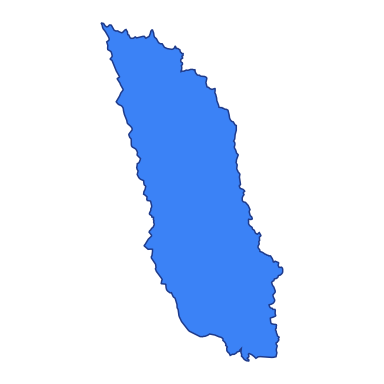 Vinh Thanh, Bình Định, Vietnam (Robinson projection)
{"feature_id": "81297802B21955309192571", "entity_name": "Vinh Thanh", "entity_type": "district", "adm_level": 2, "iso_a3": "VNM", "parent_name": "Vietnam", "parent_adm1": "Bình Định", "projection": "robinson", "projection_center": [108.747, 14.237], "detail": "fine", "context": "isolated", "style": "filled", "palette": "blue", "viewbox_px": 384, "rotation_deg": 0, "n_neighbors": 0, "source": "geoboundaries", "source_scale": "gbopen_adm2", "svg_char_len": 5993}
<svg xmlns="http://www.w3.org/2000/svg" viewBox="0 0 384 384"><path d="M202.8,336.7L203.3,336.4L205.0,336.3L207.8,335.2L209.6,334.0L210.1,334.1L214.8,335.0L219.1,336.8L221.1,337.3L222.8,338.5L223.0,339.2L222.9,340.4L224.5,341.8L225.7,343.6L225.9,344.5L225.7,345.5L227.0,346.5L227.3,347.1L226.7,347.9L226.9,350.8L228.0,352.3L229.2,353.3L230.2,355.4L232.4,354.3L234.2,354.3L236.3,353.0L237.1,352.0L239.6,351.2L239.9,350.0L241.3,348.5L240.9,351.9L241.0,352.8L241.6,354.2L241.5,356.2L242.5,357.1L244.2,359.4L246.3,360.7L248.7,361.0L248.9,360.6L248.8,359.8L247.4,358.6L247.2,358.2L248.8,356.8L248.9,356.2L248.4,354.2L249.1,353.5L251.6,354.6L254.1,356.5L255.9,358.3L258.2,356.8L260.2,356.6L271.7,357.4L273.5,357.3L276.0,356.7L276.9,352.8L276.4,351.0L276.3,349.2L277.2,345.9L276.2,344.2L276.1,343.2L276.2,342.8L277.2,342.3L277.8,341.2L278.5,340.8L278.8,339.6L278.4,338.6L279.1,337.2L277.4,335.9L277.2,334.7L276.4,332.8L276.2,331.2L275.5,330.1L275.7,328.7L276.0,328.5L276.3,328.0L276.2,326.8L276.5,325.3L276.3,324.7L275.4,324.4L273.8,324.3L271.6,323.7L270.8,322.8L270.3,318.6L270.4,318.0L273.3,317.1L275.4,316.1L275.7,315.7L275.1,313.4L275.3,310.1L274.9,309.4L272.9,309.4L272.4,308.4L270.9,308.0L270.3,307.7L269.6,306.7L269.0,304.9L269.2,304.7L271.0,304.3L272.9,303.4L273.7,302.6L274.5,301.3L274.7,300.2L274.6,299.7L273.2,296.7L272.9,295.0L274.8,292.7L275.2,292.0L275.2,290.9L273.8,287.0L272.5,285.3L271.6,282.6L272.4,281.4L273.8,280.7L274.4,278.9L276.6,278.4L277.9,277.2L278.4,275.6L280.4,275.0L281.8,273.7L282.5,272.7L282.7,271.6L282.7,269.4L282.4,268.1L281.5,267.2L279.8,267.4L279.0,267.3L278.1,265.3L278.6,263.3L278.5,262.6L275.1,261.2L274.0,262.1L273.3,261.9L273.1,261.4L273.0,260.4L272.2,258.5L270.6,256.0L270.1,255.8L268.9,255.9L268.3,255.4L266.6,254.9L265.8,254.3L264.6,253.9L263.5,253.0L262.3,252.3L259.9,251.4L259.8,250.0L258.1,247.7L258.0,247.0L258.1,246.0L259.2,244.0L258.8,241.5L259.6,240.5L259.4,237.7L259.5,237.0L260.7,236.0L260.9,235.4L259.3,232.6L258.5,233.1L257.6,234.1L257.3,234.2L255.8,233.4L255.2,232.6L254.3,230.3L252.5,229.1L252.1,227.4L249.8,225.7L248.9,224.5L248.5,223.3L248.6,221.5L248.4,220.2L248.6,219.3L250.3,219.5L251.4,219.4L252.2,219.0L252.2,218.3L251.7,216.9L250.4,215.7L249.9,214.6L249.2,211.9L249.3,211.2L250.0,209.6L248.2,205.5L245.5,202.4L243.3,201.8L242.3,200.6L242.2,198.0L242.8,196.3L244.0,194.7L243.4,193.3L243.4,192.4L244.7,191.2L244.3,190.5L242.9,189.3L240.3,188.4L239.5,186.9L239.3,186.2L239.4,185.4L240.3,184.9L240.5,184.4L239.4,177.1L239.9,174.2L239.4,173.4L237.9,171.6L237.7,170.7L237.0,169.6L236.7,168.5L237.2,164.9L236.0,162.3L236.4,161.3L236.4,160.0L238.2,155.0L238.0,154.5L236.6,153.2L235.6,149.9L234.5,148.1L234.3,146.9L234.9,144.8L234.9,143.3L234.6,142.3L233.6,141.1L234.6,139.3L234.8,138.3L235.1,134.7L236.3,130.2L236.3,125.5L235.0,124.8L233.3,121.9L231.6,121.3L230.4,119.9L229.6,118.2L229.1,114.8L228.0,110.3L226.6,109.4L224.5,109.1L223.5,108.3L222.4,108.2L222.0,107.6L220.6,107.6L219.0,107.3L218.5,105.0L216.8,100.6L216.6,98.0L215.7,94.5L214.8,92.7L215.1,90.9L215.1,88.7L214.9,88.5L212.0,89.4L210.0,88.7L208.6,87.4L207.0,86.9L205.9,82.6L206.8,78.6L206.6,77.7L205.9,77.1L204.6,76.5L201.0,76.2L200.0,75.8L199.6,75.2L198.0,75.2L197.2,74.9L195.7,73.0L194.9,70.8L195.1,70.1L194.8,69.7L194.0,69.9L192.7,69.4L190.6,69.4L188.0,70.3L186.2,70.1L183.9,71.2L182.6,71.1L181.0,71.6L181.1,70.7L181.6,69.5L181.8,67.7L181.4,65.6L182.4,64.5L182.5,63.7L182.3,62.8L180.9,61.8L180.7,60.2L181.0,59.2L182.6,58.2L182.6,57.8L182.0,56.8L182.0,56.1L183.0,55.6L183.1,53.6L181.7,53.5L181.4,52.8L180.5,52.1L180.0,50.8L180.0,50.0L177.8,48.5L176.1,48.4L176.0,47.3L175.3,46.3L175.0,46.4L174.7,47.4L174.1,48.2L173.2,48.9L172.4,49.3L171.5,49.3L167.3,48.6L164.4,47.3L162.2,43.8L160.3,43.7L158.9,42.9L158.1,41.9L156.4,38.7L154.6,37.2L154.0,35.7L153.6,32.9L152.5,30.0L152.0,29.9L151.6,30.2L150.8,31.3L150.3,33.5L149.1,36.4L145.9,38.2L145.4,37.9L144.6,36.6L144.1,36.3L142.7,36.4L136.7,37.9L135.2,36.9L133.3,38.3L130.8,38.3L130.0,37.6L128.8,35.0L127.8,34.6L127.4,31.8L126.0,29.5L124.8,30.1L122.5,32.5L121.4,32.7L118.9,31.7L117.8,30.9L115.8,31.0L114.1,30.2L111.3,25.2L109.9,24.9L109.3,25.1L107.9,26.6L106.6,26.9L105.2,25.9L103.6,23.5L101.6,23.0L101.3,23.4L102.1,25.1L102.5,27.1L103.1,28.7L105.4,31.6L108.5,37.0L109.1,38.5L109.2,39.4L108.7,40.4L106.7,41.9L107.8,45.4L107.6,48.2L107.8,49.6L110.9,51.5L111.6,53.2L112.2,55.7L112.1,56.6L110.2,59.0L110.6,59.5L112.0,60.4L116.3,71.0L119.5,76.6L119.4,77.1L117.3,78.5L117.3,79.0L120.0,83.2L120.5,84.7L123.1,89.3L122.9,90.3L120.9,92.9L119.6,96.0L116.2,101.8L117.6,103.6L118.8,104.6L121.5,105.8L122.8,107.4L123.3,108.8L123.5,110.8L124.4,114.5L126.7,120.2L127.3,123.1L128.0,124.0L130.2,125.9L131.6,127.5L132.1,128.6L132.1,129.9L129.1,133.8L128.8,134.8L129.7,137.3L131.2,139.1L131.3,144.6L131.5,145.9L132.3,147.0L135.3,148.7L136.0,149.4L136.7,150.5L137.5,152.4L137.1,154.7L137.2,155.2L140.5,158.6L140.2,159.8L139.1,162.5L138.3,163.2L137.3,163.6L137.0,166.3L136.7,167.5L137.1,169.2L138.1,170.9L137.2,174.5L138.8,177.6L139.8,178.7L141.0,179.5L143.6,180.6L144.0,184.2L144.4,185.1L145.4,185.8L145.7,186.4L145.1,189.4L143.9,191.7L143.6,194.2L144.8,194.9L147.0,196.8L146.8,199.4L147.3,200.5L150.0,200.9L150.6,201.3L151.7,205.9L151.6,207.1L150.8,208.9L150.8,210.4L149.6,212.8L149.4,213.9L149.9,214.6L151.6,215.6L151.9,217.1L153.5,217.3L153.4,219.6L153.9,220.7L153.6,222.2L154.2,223.9L154.2,224.8L153.1,227.2L151.6,228.4L150.7,229.9L149.5,231.0L149.1,232.2L151.5,235.1L151.5,236.1L148.3,239.2L145.2,244.3L144.2,245.5L144.3,246.0L148.1,249.3L151.0,249.1L152.5,249.3L152.5,251.6L152.0,255.5L151.3,256.8L151.4,258.0L155.6,264.3L156.0,267.6L155.4,268.8L156.4,271.4L161.2,277.9L162.2,279.5L161.7,280.6L161.2,283.5L161.4,283.7L165.2,284.1L165.8,284.4L166.1,287.8L166.6,289.7L167.1,290.4L167.7,291.1L169.8,292.7L170.6,292.9L171.4,292.7L173.1,296.5L173.5,297.0L175.1,298.2L177.0,304.5L177.1,307.4L177.4,308.3L178.1,309.4L178.9,315.4L179.4,317.0L181.6,321.6L188.4,330.3L189.5,331.3L200.1,336.6L202.8,336.7Z" fill="#3b82f6" stroke="#1e3a8a" stroke-width="1.5"/></svg>